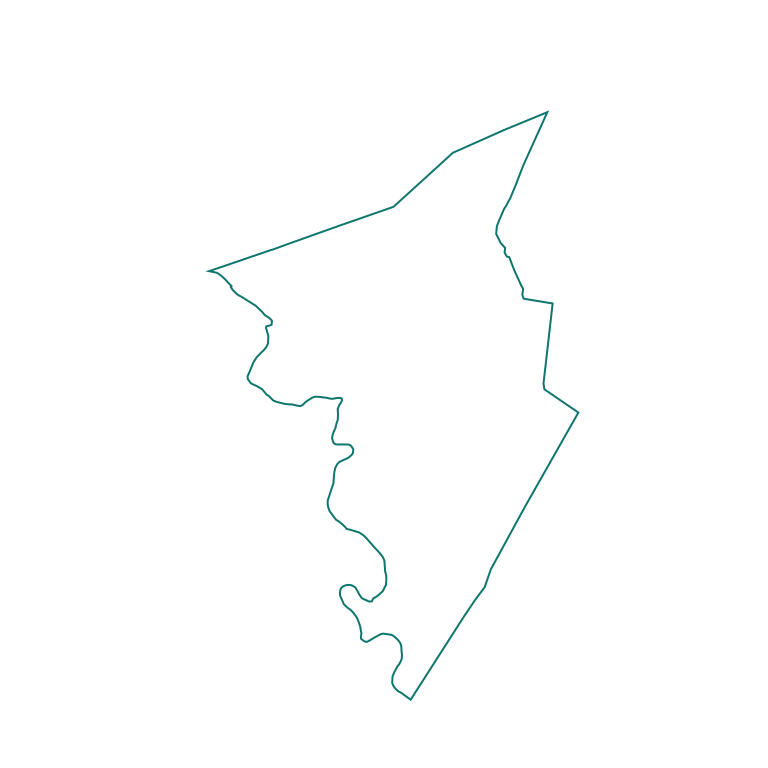 Maghama, Gorgol, Mauritania (Robinson projection), rotated 13°
{"feature_id": "47542326B54868139713795", "entity_name": "Maghama", "entity_type": "district", "adm_level": 2, "iso_a3": "MRT", "parent_name": "Mauritania", "parent_adm1": "Gorgol", "projection": "robinson", "projection_center": [-12.922, 15.535], "detail": "fine", "context": "isolated", "style": "outline", "palette": "teal", "viewbox_px": 768, "rotation_deg": 13, "n_neighbors": 0, "source": "geoboundaries", "source_scale": "gbopen_adm2", "svg_char_len": 2876}
<svg xmlns="http://www.w3.org/2000/svg" viewBox="0 0 768 768"><g transform="rotate(13 384 384)"><path d="M188.2,313.4L196.0,313.2L198.4,314.0L201.2,315.2L206.2,318.1L209.0,320.1L213.4,322.9L212.9,323.9L215.5,326.5L218.9,328.5L220.9,329.7L221.9,330.1L226.6,331.4L233.3,333.8L241.2,336.5L249.0,341.1L252.4,343.7L257.1,345.3L260.4,347.4L260.8,348.6L261.1,351.6L258.0,353.5L256.4,354.3L256.3,355.8L257.8,358.3L260.4,363.0L261.1,366.2L261.8,370.7L261.0,374.6L259.5,377.7L257.5,380.7L254.0,386.4L252.0,391.9L250.6,400.0L250.2,402.7L249.7,405.3L249.3,407.2L250.3,409.9L254.0,413.2L257.2,414.0L261.6,414.9L266.5,416.6L271.0,420.0L271.6,420.6L274.3,421.5L277.8,423.7L279.9,425.0L282.8,425.5L286.6,425.6L291.3,425.7L295.5,425.3L299.0,424.6L302.1,424.6L307.1,424.5L309.2,423.0L311.8,419.1L314.0,416.6L317.0,413.6L319.7,411.9L323.1,411.2L327.2,410.8L331.3,410.3L334.5,410.4L337.2,410.0L340.6,408.5L343.7,407.5L345.8,407.5L346.7,408.8L346.5,411.2L345.2,414.6L344.5,418.5L345.2,421.1L346.1,424.3L347.0,429.4L346.6,433.1L346.6,437.7L345.9,440.8L345.4,444.7L345.6,448.6L348.1,452.8L350.6,453.7L354.2,453.0L357.1,452.2L360.4,451.6L363.4,450.9L365.9,451.7L368.7,454.4L369.3,458.2L368.3,460.6L366.0,463.8L363.2,466.0L358.0,470.0L356.5,472.6L355.4,476.5L355.4,480.7L355.9,484.9L356.8,490.4L357.1,491.8L356.4,498.5L355.9,504.2L355.4,510.2L356.2,513.9L357.5,516.9L359.5,520.0L364.7,524.5L367.7,527.0L371.5,528.3L375.9,530.6L378.9,532.5L380.1,533.6L382.4,533.6L386.5,533.8L393.1,534.2L397.9,536.0L401.8,538.4L405.3,540.9L411.8,545.6L416.6,548.8L421.0,552.2L422.7,554.0L424.2,556.2L425.6,560.9L427.2,566.2L429.4,570.3L430.5,575.2L431.1,579.1L429.4,586.2L426.4,590.5L424.0,593.4L422.1,594.9L421.4,596.5L421.2,598.3L419.2,599.2L416.8,599.1L414.9,598.5L413.0,598.3L410.5,597.6L407.3,594.7L404.7,591.7L401.8,588.6L397.7,587.4L395.1,587.6L392.2,588.6L389.8,590.2L388.2,592.3L387.8,594.6L388.0,597.1L388.8,600.0L394.5,607.7L398.2,609.9L401.8,611.4L405.7,613.8L410.3,617.9L413.2,622.1L415.4,625.7L417.0,629.7L418.2,632.3L418.2,635.1L419.0,637.4L421.8,638.8L424.8,639.4L427.1,637.7L429.2,635.7L431.2,633.7L434.9,630.4L437.3,628.4L439.4,627.4L445.3,626.9L447.9,626.7L450.9,627.8L454.8,630.0L456.8,631.6L458.1,632.7L459.7,635.3L461.5,641.3L462.6,644.3L463.1,648.3L461.9,653.5L460.7,655.9L458.8,662.7L458.1,667.0L459.2,673.4L461.2,676.2L463.8,678.4L467.1,680.2L470.4,681.1L478.1,684.4L481.0,685.6L513.9,593.4L521.3,574.0L527.8,559.3L529.8,540.5L548.6,473.2L551.8,462.3L579.8,368.1L541.5,353.1L539.3,347.6L530.2,267.6L501.8,269.4L500.8,269.3L498.7,265.9L498.2,260.1L495.6,257.2L485.3,243.8L477.5,232.2L475.0,232.2L471.9,228.7L471.4,224.1L466.2,220.6L459.5,212.5L458.5,204.9L459.0,200.9L461.6,186.5L463.2,182.0L465.3,173.9L467.4,161.7L470.6,139.3L482.0,82.4L443.7,109.6L399.1,143.2L353.4,209.2L304.7,239.9L257.5,270.1L245.6,277.9L244.0,278.7L188.2,313.4Z" fill="none" stroke="#0f766e" stroke-width="2"/></g></svg>